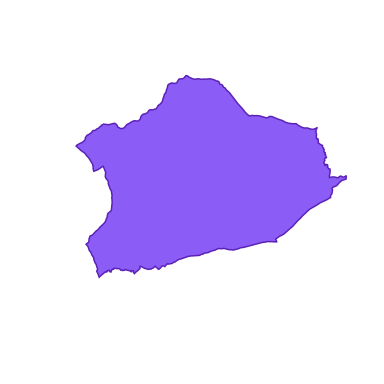 outline of Oicata, Boyacá, Colombia, rotated 213°
{"feature_id": "7082276B7935915117339", "entity_name": "Oicata", "entity_type": "district", "adm_level": 2, "iso_a3": "COL", "parent_name": "Colombia", "parent_adm1": "Boyacá", "projection": "orthographic", "projection_center": [-73.281, 5.617], "detail": "fine", "context": "isolated", "style": "filled", "palette": "violet", "viewbox_px": 384, "rotation_deg": 213, "n_neighbors": 0, "source": "geoboundaries", "source_scale": "gbopen_adm2", "svg_char_len": 6004}
<svg xmlns="http://www.w3.org/2000/svg" viewBox="0 0 384 384"><g transform="rotate(213 192 192)"><path d="M314.2,167.4L307.4,166.3L303.4,166.2L302.2,165.9L300.3,165.1L297.5,164.5L290.9,161.4L290.0,160.7L288.7,159.3L286.7,156.7L285.6,155.9L283.0,159.6L281.2,163.9L280.5,165.2L275.2,161.6L273.3,158.0L272.6,157.2L271.2,156.4L269.9,156.1L268.4,155.5L267.3,154.4L266.7,153.3L262.2,149.9L261.1,149.4L259.6,148.4L258.4,146.8L257.3,145.8L256.8,145.0L256.3,143.7L254.9,142.0L252.9,139.2L252.1,137.4L250.3,134.0L249.6,132.4L250.8,128.5L250.8,127.5L249.5,124.8L249.4,123.6L248.6,120.2L248.6,118.3L250.1,112.2L250.3,109.2L251.1,107.3L251.6,104.8L251.9,102.5L252.2,101.5L253.4,99.8L253.5,99.3L253.3,98.9L253.2,98.2L252.8,96.6L251.7,94.7L251.4,93.6L251.7,92.2L252.4,91.0L252.3,90.4L251.9,90.2L250.5,90.0L249.5,89.6L246.5,87.2L245.8,86.8L244.3,86.5L241.6,84.6L240.8,84.4L238.5,83.1L237.1,81.5L236.4,81.2L235.9,80.7L234.7,79.8L233.4,79.3L232.7,78.8L230.3,76.8L229.4,76.3L228.9,74.8L228.8,73.7L228.6,73.5L226.1,72.1L224.4,70.7L223.4,70.0L222.9,72.3L221.1,77.9L220.5,78.0L219.8,78.9L219.9,79.1L220.2,79.2L220.3,79.4L220.0,80.2L219.0,80.6L218.9,80.8L218.9,81.1L218.5,81.3L217.7,80.9L217.5,80.5L217.3,80.4L217.0,80.6L216.4,80.7L216.9,83.1L216.4,84.1L216.0,84.1L215.8,84.3L215.7,84.6L215.9,85.4L215.7,85.6L212.3,87.4L211.3,88.1L210.8,88.2L209.3,87.6L208.4,88.3L207.9,88.1L206.1,89.4L205.9,89.7L206.0,90.5L205.8,90.7L204.5,90.9L201.9,91.8L201.5,92.2L200.7,92.0L199.6,92.0L199.4,92.4L199.4,93.5L198.4,94.0L197.8,93.9L197.7,93.3L197.3,92.6L195.8,92.2L195.6,93.8L194.6,96.6L194.3,98.4L193.9,99.3L194.3,100.0L195.0,100.5L195.0,101.2L194.7,101.7L189.6,102.3L187.7,103.0L187.0,103.2L186.6,103.2L186.5,103.5L184.3,105.1L184.0,106.0L183.1,107.2L182.5,109.7L181.7,109.4L179.7,109.3L178.7,109.0L177.9,108.9L177.7,109.2L177.3,110.2L176.7,113.9L175.5,114.6L174.2,114.6L173.7,118.3L173.4,118.2L173.1,118.3L172.1,119.0L171.0,120.2L169.9,121.0L169.2,122.8L168.1,124.2L167.3,126.4L166.2,128.5L164.7,130.0L159.8,136.3L158.0,137.8L151.1,143.0L150.2,144.8L148.7,146.3L148.7,147.0L146.7,149.0L145.8,149.5L143.4,153.3L141.3,155.4L140.1,157.4L140.0,157.8L139.6,158.1L139.0,158.9L138.4,159.4L136.5,160.4L135.3,161.3L134.9,161.9L134.5,162.1L129.5,163.8L128.6,164.4L126.2,165.6L125.6,166.0L122.0,169.9L120.5,172.2L119.4,172.9L118.4,173.8L105.9,187.6L104.4,189.0L102.7,190.3L102.6,190.7L102.3,191.1L101.7,191.6L99.8,192.6L98.5,193.6L95.8,195.0L93.8,196.3L94.1,196.7L96.2,198.0L94.5,202.6L93.9,203.4L92.0,206.9L89.9,214.6L88.8,218.0L88.6,219.9L87.5,226.5L86.9,228.4L86.3,232.2L84.0,241.6L79.7,250.0L78.9,252.2L74.6,259.1L72.8,263.0L73.3,263.4L73.8,264.3L73.7,266.1L74.1,267.7L75.0,269.7L75.6,270.7L76.6,271.2L76.6,271.9L76.4,272.8L76.1,273.3L75.5,273.9L74.3,275.7L73.8,277.7L73.6,279.7L72.7,283.2L69.8,286.7L70.3,287.5L71.0,289.0L71.5,289.4L71.9,289.0L72.3,288.0L73.2,286.8L73.8,286.6L75.2,286.6L76.0,286.3L76.8,285.2L77.0,284.1L77.3,283.5L78.2,283.0L79.7,282.6L81.2,281.9L82.8,280.8L84.6,279.0L85.6,280.5L87.1,284.1L88.7,286.4L89.1,286.4L89.6,286.0L89.9,285.9L90.6,286.3L91.6,286.4L91.8,286.5L92.0,287.3L92.7,288.2L93.2,288.6L93.5,288.6L94.0,288.4L94.3,288.0L94.4,287.1L94.7,286.7L95.0,286.7L95.6,287.0L95.6,287.7L95.8,287.9L97.2,288.2L97.5,288.4L97.7,289.3L97.7,290.7L98.4,291.3L98.8,292.4L98.7,293.0L98.0,293.9L98.1,294.4L99.2,294.8L100.0,295.5L100.3,296.1L101.4,296.1L101.5,296.3L101.4,297.2L101.7,297.5L101.9,297.6L102.8,297.5L103.6,297.9L103.8,298.8L104.0,299.3L104.8,299.6L105.6,300.5L106.1,300.4L106.7,300.6L107.5,301.3L107.9,302.1L110.2,301.8L111.3,301.9L112.8,301.9L113.3,302.9L113.9,303.6L114.2,304.1L115.4,305.2L115.8,305.1L116.1,304.6L116.3,304.4L116.9,304.7L118.4,307.1L119.0,308.3L119.9,308.8L120.7,310.1L121.5,310.5L121.7,312.4L122.1,313.5L122.0,313.9L122.2,314.0L122.5,313.6L122.8,312.7L123.3,312.0L124.9,310.3L125.5,309.9L128.5,308.9L129.5,308.8L131.5,307.7L132.7,306.8L133.0,306.7L134.7,306.2L139.3,305.7L140.4,305.9L142.1,306.0L143.4,304.9L145.3,303.8L146.9,303.1L147.9,302.5L149.6,301.9L152.2,301.3L154.6,301.3L159.9,299.9L166.2,298.8L167.3,298.0L168.2,297.6L168.9,295.7L170.2,294.6L177.0,292.6L177.9,292.0L179.1,291.5L180.9,290.2L183.5,288.8L183.9,288.5L184.5,287.6L185.4,287.3L185.8,287.0L188.8,287.4L191.6,288.1L194.8,289.3L201.5,291.0L214.6,295.7L216.9,296.1L217.8,296.2L218.0,296.0L221.0,297.3L222.2,297.0L223.0,297.1L223.4,297.2L223.5,297.6L223.9,297.9L225.5,298.3L227.4,297.6L228.0,297.9L228.9,298.9L229.8,299.1L230.7,299.1L232.0,298.4L234.3,298.2L238.0,297.0L240.3,295.5L240.7,295.0L241.7,294.3L243.3,293.4L244.0,292.7L245.5,291.7L248.6,290.3L250.5,288.6L250.6,288.3L252.8,287.4L253.8,287.2L257.2,286.7L259.0,286.9L259.7,286.7L260.2,286.5L260.5,286.1L260.4,285.1L260.8,284.6L260.8,283.3L261.0,282.6L262.3,281.2L264.3,279.8L264.5,279.1L264.3,276.6L264.3,275.5L264.5,275.0L265.0,274.2L266.2,273.3L266.7,273.0L267.8,272.8L268.1,272.6L268.7,271.7L269.0,271.6L269.3,271.3L269.4,270.9L270.0,270.1L270.4,269.1L270.4,268.5L270.0,267.1L269.3,265.6L269.1,263.8L268.4,262.3L268.2,260.7L268.4,258.7L267.9,258.0L267.7,256.7L267.5,256.4L267.4,255.3L266.8,253.7L266.7,253.6L266.3,252.1L266.2,250.6L266.7,248.0L267.5,246.3L267.3,242.9L267.5,242.0L268.4,241.2L269.6,239.5L269.9,239.2L271.1,238.8L272.1,237.9L272.5,237.3L272.7,234.2L273.1,233.2L274.1,231.8L275.1,230.9L275.6,230.1L275.8,229.3L275.9,227.3L275.7,226.5L275.3,226.0L275.2,225.1L275.3,224.0L275.8,222.4L276.2,221.9L278.8,220.6L279.8,219.6L280.5,218.6L282.5,214.4L283.1,213.7L283.3,213.2L283.7,210.7L283.7,209.4L284.5,207.9L285.1,207.3L286.0,206.6L286.7,206.3L288.9,206.2L289.7,206.0L291.1,207.1L292.4,207.5L294.0,207.6L294.7,207.2L298.8,202.8L299.6,202.4L300.7,202.1L301.4,201.5L302.1,201.1L302.6,201.1L303.2,200.8L303.6,199.8L304.3,198.7L304.2,197.7L304.7,196.8L305.2,194.4L306.1,193.2L306.3,192.7L306.6,191.4L307.4,190.4L308.4,189.7L308.7,189.0L308.6,187.4L308.7,186.9L310.0,183.8L310.8,182.6L311.0,181.8L311.0,179.8L310.8,179.0L310.3,178.3L310.1,177.0L310.3,176.3L311.1,173.8L312.4,171.8L314.1,168.5L314.2,167.4Z" fill="#8b5cf6" stroke="#5b21b6" stroke-width="1.5"/></g></svg>